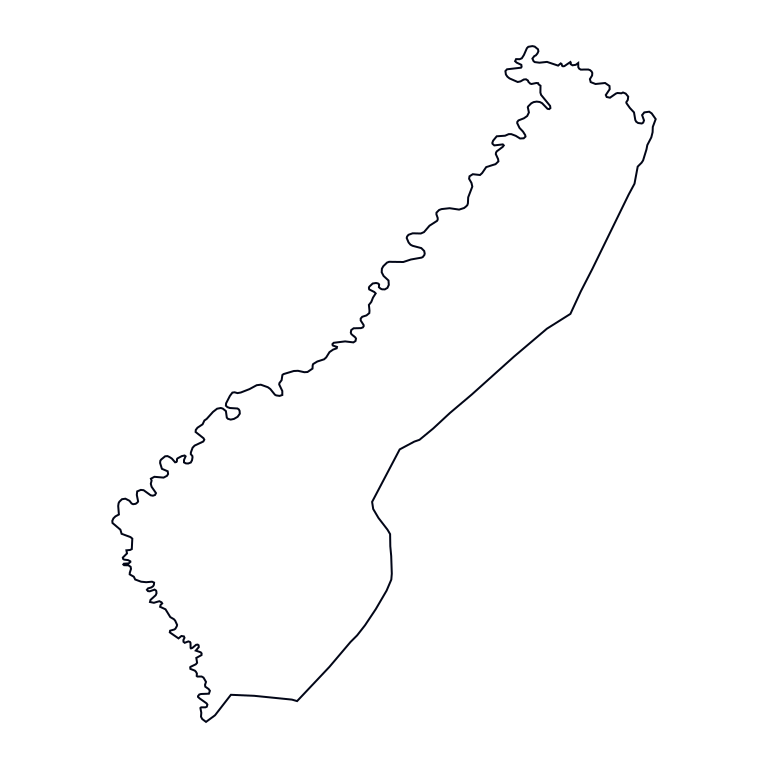 Orxon, Darhan-Uul, Mongolia (Equal Earth projection)
{"feature_id": "93677404B93316443433377", "entity_name": "Orxon", "entity_type": "district", "adm_level": 2, "iso_a3": "MNG", "parent_name": "Mongolia", "parent_adm1": "Darhan-Uul", "projection": "equal_earth", "projection_center": [106.003, 49.72], "detail": "fine", "context": "isolated", "style": "outline", "palette": "ink", "viewbox_px": 768, "rotation_deg": 0, "n_neighbors": 0, "source": "geoboundaries", "source_scale": "gbopen_adm2", "svg_char_len": 6049}
<svg xmlns="http://www.w3.org/2000/svg" viewBox="0 0 768 768"><path d="M297.1,701.1L329.4,666.9L350.5,642.0L357.1,635.4L365.0,625.3L375.8,609.1L386.6,590.6L391.3,579.6L391.8,573.7L391.2,556.0L390.3,546.3L390.1,534.1L387.5,529.7L378.5,518.0L373.2,509.0L372.1,501.9L399.7,449.4L414.3,441.6L419.5,439.8L433.2,428.5L449.9,413.0L471.9,394.4L514.0,356.6L546.9,328.7L570.4,313.9L580.8,291.4L592.3,269.0L628.6,194.7L634.5,183.7L637.7,166.6L641.6,162.7L643.1,160.4L646.5,149.3L647.3,145.1L651.3,137.4L652.6,132.2L652.8,126.9L655.7,119.1L651.7,113.4L649.2,111.7L644.3,112.4L642.1,115.1L644.0,120.4L643.2,122.6L641.8,123.5L638.1,123.0L636.2,121.7L635.3,120.0L634.0,112.4L629.9,108.0L626.5,103.2L626.3,102.2L627.8,99.9L628.2,96.6L625.7,93.6L623.0,92.5L621.4,93.3L617.5,93.0L616.0,93.5L610.0,97.7L606.7,97.0L605.8,95.0L609.7,89.2L609.5,86.0L605.1,83.0L595.5,84.0L590.7,82.1L589.9,79.1L592.1,75.5L592.3,73.0L591.6,71.5L590.0,70.1L588.2,69.5L580.7,69.6L579.1,68.6L578.3,67.2L578.2,63.0L575.8,64.8L572.5,65.3L570.7,64.2L570.8,62.7L570.4,62.0L564.4,66.1L563.0,66.3L562.2,65.9L561.5,63.9L560.7,63.4L558.1,65.6L547.0,61.9L539.5,62.7L534.8,62.1L533.6,61.2L532.4,58.6L534.3,56.1L535.8,55.4L537.4,53.5L538.4,51.3L538.0,49.3L534.7,46.6L532.4,46.1L528.3,46.8L526.9,48.2L523.9,55.0L521.8,58.3L519.6,59.2L516.1,59.1L515.1,61.2L516.6,62.6L521.3,64.8L521.6,66.8L521.0,67.7L507.0,69.3L505.4,71.1L505.9,74.5L507.4,76.7L509.5,78.4L517.7,82.0L520.5,81.4L523.8,79.5L526.0,79.3L528.0,80.6L528.3,81.7L530.2,83.6L531.5,84.0L536.3,83.0L538.2,83.2L538.5,84.3L540.5,85.7L540.4,92.6L541.1,94.9L550.1,105.9L550.4,108.1L549.2,109.1L547.5,108.8L542.1,103.2L539.8,102.0L536.7,101.6L533.6,102.1L531.3,103.3L528.2,106.4L527.8,107.2L528.9,112.5L527.2,116.0L523.9,118.3L518.5,120.4L517.3,121.9L517.2,123.1L519.5,127.9L523.0,131.6L525.2,135.1L525.5,136.6L523.7,138.3L520.1,138.5L515.7,135.8L511.2,134.1L508.8,134.1L505.1,135.7L496.7,136.3L493.1,140.7L492.3,143.0L492.6,143.9L494.3,145.4L502.8,144.4L503.8,145.4L502.8,146.8L496.7,151.4L496.0,152.7L495.8,154.1L498.1,159.1L498.4,161.4L495.6,164.1L486.2,167.1L482.1,173.1L480.0,175.0L472.8,174.2L469.5,176.3L469.1,178.8L471.5,183.0L472.3,186.6L468.2,197.3L467.9,203.4L467.3,205.2L466.0,206.5L464.1,208.0L459.1,209.6L449.6,208.2L441.5,209.1L439.1,210.0L436.5,212.6L436.4,214.3L437.7,218.0L437.7,219.6L437.1,220.8L429.5,225.7L424.0,232.1L420.8,233.5L412.7,233.3L408.5,234.8L407.1,236.5L406.7,238.0L408.6,242.5L410.5,244.7L412.6,245.8L421.3,248.1L424.2,251.0L424.7,253.5L424.4,254.9L422.8,257.0L421.6,257.6L410.9,259.5L403.3,262.0L389.1,261.8L387.0,262.6L383.3,266.2L381.9,268.7L381.7,272.3L383.6,276.0L388.5,280.5L388.8,284.9L387.4,287.9L384.8,289.4L382.0,289.3L380.5,288.6L378.9,287.2L379.1,284.4L377.9,283.4L376.0,283.0L372.7,283.5L369.3,286.7L368.9,287.9L369.2,289.4L374.3,292.0L375.7,293.4L373.0,297.6L371.3,301.9L368.9,304.9L369.5,310.8L369.3,313.1L366.5,315.4L362.2,316.8L360.7,318.6L360.7,320.5L363.6,325.0L363.7,326.1L362.9,327.4L361.0,328.1L353.6,328.3L351.2,330.1L350.8,332.7L351.5,334.3L355.3,337.4L356.0,338.6L355.5,341.0L353.4,342.4L345.1,341.4L333.7,342.8L332.5,344.0L332.5,344.9L333.0,345.6L337.0,346.9L336.7,348.3L333.1,349.6L329.5,352.1L326.2,357.4L324.1,359.3L317.3,361.5L313.2,364.0L312.7,365.2L312.5,368.6L307.5,372.0L304.3,372.2L298.0,370.8L293.8,371.0L283.5,374.1L282.4,375.0L281.6,380.2L279.4,383.1L279.2,384.5L282.3,391.0L282.3,395.0L279.6,395.9L276.2,395.4L274.9,394.7L270.3,389.0L267.8,387.2L260.8,384.7L256.7,385.2L249.5,389.1L240.8,392.5L237.5,393.1L234.6,392.3L232.4,392.6L229.9,395.9L226.1,403.3L225.9,405.7L227.4,407.1L229.8,408.0L237.5,408.5L238.9,409.5L239.6,410.9L239.8,413.7L237.6,416.8L234.0,418.9L230.7,419.6L227.9,418.8L226.8,417.6L225.9,411.1L222.8,408.6L220.8,408.0L217.1,408.7L213.0,411.9L206.7,418.9L204.4,420.5L202.6,424.3L197.5,427.7L195.8,429.9L195.6,432.0L203.5,438.2L204.3,439.7L203.3,441.5L194.6,445.6L192.6,447.7L190.9,452.4L190.8,454.1L192.4,456.1L192.5,457.5L192.0,460.3L190.8,462.5L188.2,463.5L185.9,463.4L184.0,462.4L184.0,460.0L185.6,456.3L184.6,455.5L181.8,456.1L177.5,458.4L177.0,459.1L176.9,461.2L176.4,462.0L175.1,462.3L171.9,458.6L169.6,457.1L167.5,456.1L165.1,456.3L161.1,459.6L160.3,460.8L160.1,463.0L161.9,468.8L167.7,471.3L168.1,474.0L167.0,475.8L163.6,477.6L154.4,476.8L150.9,478.7L151.6,480.6L150.8,483.8L151.6,486.8L156.0,493.1L155.0,495.0L152.9,495.7L150.7,495.3L143.6,490.2L140.8,489.9L137.2,491.4L136.8,494.9L138.1,501.3L137.6,502.3L135.7,503.8L133.1,504.2L131.6,503.5L129.5,500.8L125.4,498.7L122.0,499.2L119.4,501.7L118.6,503.2L118.2,506.0L118.9,514.5L115.4,516.4L113.4,518.4L112.3,520.9L112.5,523.0L120.4,529.7L121.6,533.8L130.5,537.1L132.3,538.6L131.8,549.1L130.0,550.0L126.4,550.3L127.0,553.4L122.8,557.6L123.1,558.9L124.1,559.6L128.0,560.1L130.3,561.3L130.4,561.9L128.7,563.4L123.9,563.7L123.3,564.5L124.1,565.2L128.4,565.3L130.6,566.8L131.0,568.9L129.8,572.7L129.7,574.4L133.8,576.7L135.2,579.5L141.1,581.7L146.2,582.2L152.0,581.7L154.1,582.6L153.9,584.8L153.1,586.2L151.4,587.4L148.0,588.4L146.9,589.8L148.0,591.1L149.8,591.3L154.6,589.6L156.1,590.6L156.4,591.8L156.5,593.3L155.7,595.2L150.5,599.9L150.0,602.0L153.9,602.8L159.3,601.2L161.5,602.3L162.2,603.4L160.6,604.9L160.1,606.8L165.5,609.3L170.3,617.1L173.9,619.2L175.2,620.7L177.1,624.9L176.8,626.2L175.4,628.7L174.3,629.5L170.1,630.7L169.8,632.4L178.5,638.4L181.4,636.0L183.9,636.4L184.5,637.8L183.4,640.0L183.5,641.8L184.7,642.8L188.4,641.4L190.0,642.0L190.5,642.9L190.6,647.9L191.0,648.4L192.4,647.9L196.1,644.8L197.7,644.6L198.6,645.3L198.8,647.1L195.8,650.6L200.7,652.3L201.6,653.4L201.5,655.1L196.3,657.9L197.1,662.8L195.8,664.3L190.4,666.9L190.2,667.5L190.4,668.9L194.8,670.6L195.9,671.7L196.9,673.5L196.7,676.0L197.3,676.5L201.6,676.5L203.5,677.6L206.0,681.9L205.0,684.9L205.3,686.7L208.6,689.0L209.9,690.8L208.9,693.7L201.0,694.0L199.3,694.5L198.0,696.2L198.0,696.9L199.6,698.4L206.5,703.3L207.4,704.6L206.8,706.7L205.5,707.3L201.2,707.3L200.4,708.0L201.3,712.8L201.0,716.7L202.2,719.0L206.0,721.9L215.0,715.3L230.9,694.8L254.1,695.8L291.9,699.6L297.1,701.1Z" fill="none" stroke="#020617" stroke-width="2"/></svg>